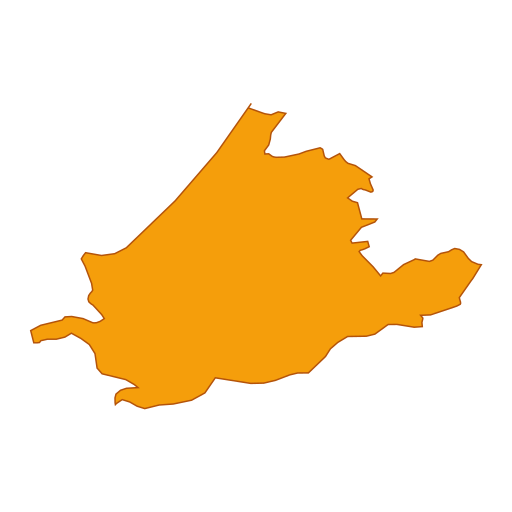 Zuid-Holland, Natural Earth projection
{"feature_id": "NLD-3485", "entity_name": "Zuid-Holland", "entity_type": "Province", "adm_level": 1, "iso_a3": "NLD", "parent_name": "Netherlands", "parent_adm1": "", "projection": "natural_earth1", "projection_center": [4.558, 51.987], "detail": "fine", "context": "isolated", "style": "filled", "palette": "amber", "viewbox_px": 512, "rotation_deg": 0, "n_neighbors": 0, "source": "natural_earth", "source_scale": "10m", "svg_char_len": 2234}
<svg xmlns="http://www.w3.org/2000/svg" viewBox="0 0 512 512"><path d="M115.4,404.6L115.1,402.9L115.0,397.9L116.0,394.1L120.5,390.3L126.4,388.3L138.0,387.6L134.4,384.6L125.8,379.6L102.1,373.8L97.1,368.1L95.0,353.6L89.3,344.5L81.0,338.5L71.4,333.2L64.9,337.1L56.3,339.2L47.4,339.2L40.8,340.7L39.5,342.5L37.1,342.8L33.8,342.8L30.7,330.6L40.7,325.3L62.1,320.1L65.0,316.9L71.7,316.5L83.1,318.6L92.6,322.7L94.0,322.9L96.5,322.7L100.1,321.4L104.3,318.6L101.7,314.6L93.0,305.1L90.7,303.6L88.8,301.8L88.0,299.0L88.7,295.6L90.3,293.2L91.9,291.5L92.7,290.1L91.6,283.4L85.1,266.2L81.3,258.9L83.3,255.6L85.6,252.7L101.5,255.5L114.7,253.7L126.3,247.8L175.1,200.9L216.8,152.6L251.3,103.4L248.2,107.9L263.1,113.2L265.0,113.8L271.1,114.8L278.2,111.9L285.8,113.4L271.5,132.1L271.1,133.2L270.7,135.1L270.3,139.1L268.7,145.0L264.4,150.8L264.9,154.0L268.7,153.8L272.1,156.3L273.7,156.9L276.0,157.3L284.4,157.1L299.0,154.0L306.2,151.3L320.1,147.8L321.8,148.7L322.7,149.4L324.2,155.8L325.3,157.9L328.9,159.3L339.7,153.6L344.2,159.8L345.8,161.6L347.9,163.3L355.4,165.6L372.0,176.9L369.0,178.8L370.4,183.7L372.5,188.5L373.1,189.9L373.0,191.0L372.3,191.7L370.8,192.1L365.2,189.9L363.5,189.6L362.4,189.2L361.3,188.5L359.4,188.9L357.8,189.3L349.7,196.1L347.6,197.9L352.3,201.2L357.5,202.7L361.8,218.9L377.2,219.0L374.8,222.0L361.4,227.3L350.6,240.3L352.1,243.1L367.7,241.4L369.2,246.7L364.9,248.8L362.4,249.7L360.2,250.3L359.1,251.6L362.1,255.7L373.1,266.8L380.6,275.9L382.9,273.1L390.6,273.5L394.0,272.4L403.6,264.6L414.5,259.5L415.2,258.9L429.4,261.4L432.8,260.2L437.8,255.2L440.8,253.4L448.6,251.7L451.6,249.8L454.7,248.5L459.5,249.4L463.6,251.9L468.3,258.4L471.6,261.6L478.0,264.3L481.3,264.7L472.8,278.5L471.2,280.6L459.3,297.6L459.9,300.1L460.5,302.0L460.6,303.4L460.2,304.3L456.7,306.1L430.5,314.9L420.6,315.3L422.8,318.0L422.8,318.8L421.9,322.4L422.3,326.6L414.2,327.2L396.9,324.4L388.1,324.5L374.9,334.1L366.4,336.2L347.6,336.5L337.8,342.4L330.4,348.8L325.5,356.5L308.4,372.9L297.6,373.0L289.7,374.9L275.6,380.3L263.8,383.1L250.7,383.4L215.3,377.8L204.9,392.9L191.6,400.2L173.3,404.0L159.2,405.0L145.1,408.5L144.8,408.6L137.1,406.2L129.8,402.0L122.2,399.6L116.4,403.5L115.5,404.5L115.4,404.6Z" fill="#f59e0b" stroke="#b45309" stroke-width="1.5"/></svg>